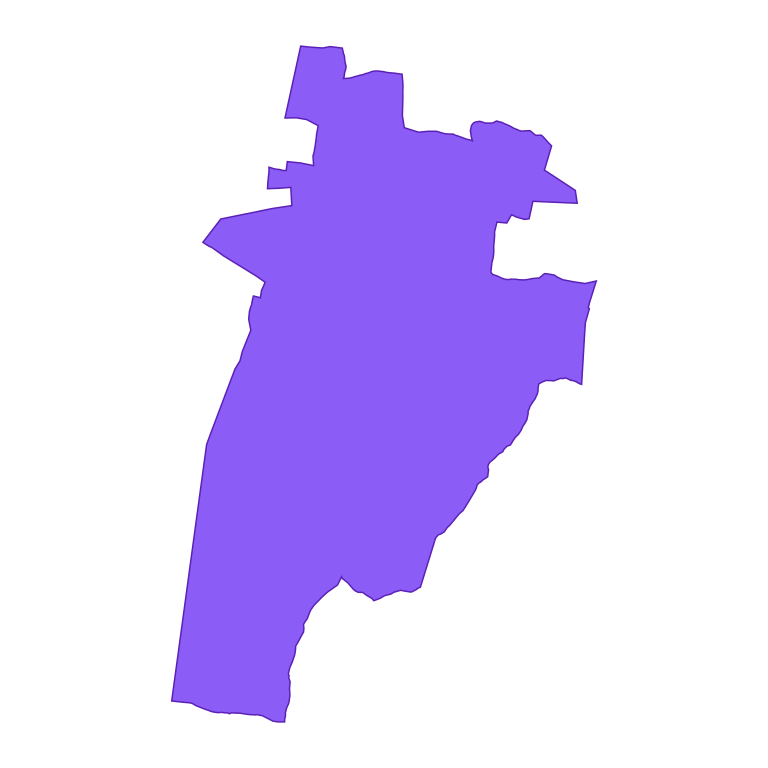 Akil, Yucatán, Mexico (Natural Earth projection)
{"feature_id": "50627088B40432744920645", "entity_name": "Akil", "entity_type": "district", "adm_level": 2, "iso_a3": "MEX", "parent_name": "Mexico", "parent_adm1": "Yucatán", "projection": "natural_earth1", "projection_center": [-89.34, 20.26], "detail": "fine", "context": "isolated", "style": "filled", "palette": "violet", "viewbox_px": 768, "rotation_deg": 0, "n_neighbors": 0, "source": "geoboundaries", "source_scale": "gbopen_adm2", "svg_char_len": 4690}
<svg xmlns="http://www.w3.org/2000/svg" viewBox="0 0 768 768"><path d="M342.3,48.1L330.2,46.6L322.7,48.0L308.9,47.0L300.7,46.1L285.0,118.0L296.4,117.8L306.8,119.6L318.2,125.7L316.6,134.1L316.2,138.3L315.2,145.6L313.9,153.2L313.0,155.6L313.6,165.6L303.1,163.5L300.9,163.0L287.3,161.6L286.2,170.6L282.9,170.4L281.9,170.2L280.1,169.6L278.4,169.4L276.2,169.2L273.5,168.6L271.0,167.8L269.0,167.2L269.0,170.9L268.8,173.5L267.9,181.9L267.5,188.7L278.5,188.3L290.8,187.4L291.8,205.6L272.4,208.5L220.8,219.0L208.3,235.3L202.9,242.3L206.2,244.5L209.5,246.5L211.6,247.3L214.6,249.4L217.5,251.5L223.4,255.8L255.9,275.8L265.1,282.2L262.9,287.5L261.5,290.4L260.4,297.7L253.4,296.0L252.5,299.6L251.8,303.2L251.6,304.8L251.2,305.7L250.2,308.5L249.4,311.5L249.2,314.0L248.9,316.7L248.7,319.3L250.8,330.3L242.3,351.5L240.0,360.8L235.0,369.0L210.5,433.9L206.6,444.6L171.7,701.0L183.7,702.3L188.7,702.7L191.8,703.2L193.5,704.1L195.0,705.1L196.6,705.9L198.9,706.8L206.3,709.7L208.0,710.2L211.1,711.4L213.0,711.9L216.3,712.5L218.4,712.6L221.8,712.4L224.3,712.8L227.5,712.9L229.4,713.7L231.3,712.9L232.8,712.9L234.5,713.0L237.4,713.2L239.6,713.1L243.0,713.7L244.8,713.9L248.2,714.5L249.3,714.5L252.1,714.8L253.6,714.7L255.5,715.0L257.2,714.6L259.4,715.2L262.1,715.6L272.9,721.1L277.7,721.9L284.6,721.9L284.6,721.6L284.6,721.4L284.7,719.3L285.5,715.8L285.4,712.8L286.7,707.8L288.5,703.8L289.2,700.9L289.6,697.8L289.9,695.6L289.8,692.5L289.5,688.9L290.1,681.8L288.6,677.3L289.1,676.0L288.4,673.7L289.8,667.7L292.1,662.4L294.7,654.8L295.3,651.3L295.6,648.5L295.6,646.2L297.2,643.6L300.7,637.2L302.3,634.1L303.5,632.3L303.9,628.4L303.5,624.7L304.0,623.5L305.5,621.1L307.2,618.8L310.0,611.5L310.9,609.7L314.0,605.3L322.0,597.1L327.5,592.1L337.5,585.0L341.6,576.8L342.4,578.6L347.8,582.8L352.9,588.8L354.8,590.6L358.1,592.3L362.7,592.4L366.6,595.3L371.8,598.4L373.9,600.7L380.1,598.3L384.7,595.6L391.1,594.0L393.7,592.3L400.6,590.3L405.3,591.2L410.3,592.0L411.8,591.9L413.7,590.9L416.8,589.3L417.3,588.5L420.4,587.2L435.5,538.3L436.5,536.9L437.9,535.3L439.0,534.6L439.7,534.3L441.0,533.9L444.3,531.8L447.2,527.6L449.8,525.2L459.3,513.7L463.0,510.6L469.1,500.8L474.3,492.0L475.3,490.2L476.3,488.1L477.1,485.1L479.0,482.9L480.5,482.2L483.0,479.9L485.1,478.5L487.7,476.8L488.1,473.2L488.6,469.6L487.8,467.2L488.4,464.5L490.0,462.1L494.8,458.1L496.1,456.7L498.6,454.1L502.7,451.8L503.9,449.4L507.0,446.2L510.4,445.0L513.6,439.8L515.4,437.3L518.6,434.1L521.1,430.3L522.9,426.2L524.8,423.4L526.8,419.9L527.9,414.8L528.2,412.7L528.1,411.0L529.3,408.7L529.8,406.7L532.8,402.0L535.0,398.9L536.1,396.5L537.3,394.0L538.1,390.5L538.0,388.4L538.8,383.8L543.1,381.6L546.1,380.5L551.2,380.6L553.8,380.9L560.3,378.4L562.8,378.6L565.8,377.9L570.9,380.4L572.8,380.5L575.6,381.5L579.5,383.7L581.6,384.4L583.3,356.3L583.3,356.1L584.6,334.3L585.4,322.6L589.4,308.6L588.2,307.7L589.8,301.7L596.3,281.0L585.2,283.5L574.8,282.0L563.0,279.8L556.9,276.9L554.6,275.2L551.2,274.5L547.0,273.8L544.9,273.6L543.5,274.3L542.0,275.8L540.6,276.8L539.1,278.1L538.6,278.1L537.5,278.1L533.9,278.4L533.2,278.5L532.0,278.6L531.3,278.7L529.5,279.2L524.7,279.9L524.4,279.9L522.2,279.9L520.5,279.8L519.0,279.7L516.2,279.3L515.4,279.2L511.8,279.2L511.5,279.1L510.4,279.2L510.0,279.3L509.2,279.5L507.7,279.5L506.2,279.4L504.6,279.1L502.8,278.5L501.2,277.9L500.0,277.3L499.5,277.1L498.0,276.3L495.9,275.5L494.7,275.2L494.1,275.0L492.7,274.4L491.6,273.3L490.9,272.0L491.9,262.7L493.0,258.5L493.6,254.7L493.8,250.4L493.7,245.9L494.2,241.4L494.6,236.2L494.6,231.7L495.9,226.5L496.9,222.1L506.8,223.0L511.5,214.8L516.9,217.2L524.5,219.4L529.1,218.8L532.9,201.3L568.9,202.9L577.2,203.2L575.3,190.4L544.4,170.1L551.6,145.9L548.4,142.7L543.7,137.4L541.4,135.2L535.6,135.3L530.1,130.7L528.0,130.7L521.4,131.1L519.2,130.5L516.8,129.4L513.9,128.3L511.4,126.8L509.6,125.9L506.5,124.5L504.4,123.7L501.5,122.2L499.8,122.0L497.4,121.2L496.5,121.0L492.9,122.9L489.6,123.1L485.0,123.0L481.6,121.8L479.5,121.3L475.2,122.1L474.0,122.6L472.9,123.6L471.9,124.9L471.3,126.1L470.4,130.9L470.9,133.9L471.3,137.0L472.4,140.7L469.9,139.9L466.3,139.1L464.8,138.5L463.5,138.1L461.6,137.2L461.4,137.2L460.2,136.9L457.5,135.8L456.4,135.6L454.4,134.9L453.1,134.0L451.1,134.1L448.1,134.0L444.9,133.7L442.2,133.0L436.5,131.3L427.7,131.3L418.6,132.2L404.3,127.7L402.4,115.7L402.9,97.6L402.8,91.8L403.0,86.2L402.8,82.4L402.1,74.2L400.4,74.0L394.1,73.1L390.1,72.8L386.7,72.4L383.2,71.6L377.6,71.0L374.6,71.0L371.6,71.6L368.1,73.1L366.5,73.3L362.3,74.8L359.5,75.3L358.5,75.7L355.8,76.4L349.5,78.2L343.4,78.5L344.3,75.9L344.5,73.5L344.9,71.7L345.7,69.3L346.1,66.3L345.1,62.4L344.9,61.3L344.6,58.5L344.4,56.0L343.4,53.2L343.0,51.2L342.3,48.1Z" fill="#8b5cf6" stroke="#5b21b6" stroke-width="1.5"/></svg>